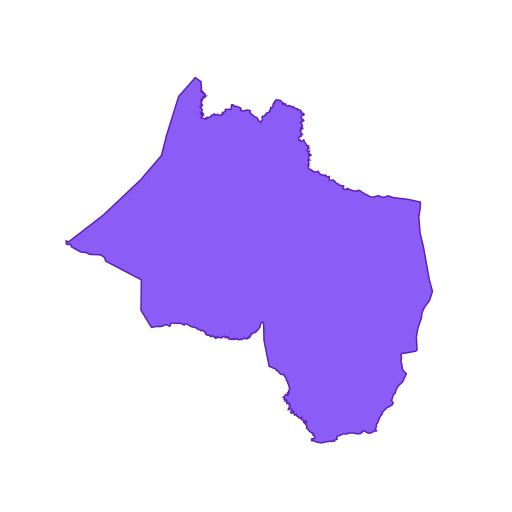 outline of Cahora Bassa, Tete, Mozambique, rotated 110°
{"feature_id": "85939544B63348478902842", "entity_name": "Cahora Bassa", "entity_type": "district", "adm_level": 2, "iso_a3": "MOZ", "parent_name": "Mozambique", "parent_adm1": "Tete", "projection": "equal_earth", "projection_center": [32.439, -16.08], "detail": "fine", "context": "isolated", "style": "filled", "palette": "violet", "viewbox_px": 512, "rotation_deg": 110, "n_neighbors": 0, "source": "geoboundaries", "source_scale": "gbopen_adm2", "svg_char_len": 6123}
<svg xmlns="http://www.w3.org/2000/svg" viewBox="0 0 512 512"><g transform="rotate(110 256 256)"><path d="M379.1,83.0L378.0,84.5L375.1,84.6L372.7,85.4L371.3,84.7L364.7,84.5L361.7,83.5L359.3,83.6L354.6,81.6L349.3,77.0L347.1,76.9L345.1,79.5L343.2,79.1L339.6,79.6L337.2,78.3L334.3,78.6L330.0,78.1L324.2,75.2L315.7,74.4L314.9,74.8L314.0,77.3L312.3,79.6L307.0,82.5L306.2,83.5L301.7,84.6L298.8,86.1L297.3,85.0L295.6,81.4L290.7,73.3L289.2,72.5L277.4,77.6L269.1,79.1L257.7,79.4L252.5,80.6L247.0,80.2L238.2,77.7L228.8,78.1L219.1,85.0L190.0,101.9L178.1,109.8L163.3,116.5L155.5,117.9L149.1,119.9L150.7,132.0L154.2,147.0L154.3,152.5L156.4,154.7L157.3,156.7L157.8,159.0L157.3,161.3L160.6,166.1L161.3,168.6L160.6,172.4L160.5,175.8L160.0,176.5L159.9,178.3L159.2,180.0L159.0,181.9L159.4,182.5L160.7,182.7L160.5,184.2L161.6,186.4L161.2,193.1L161.7,193.6L162.5,193.1L163.0,195.7L162.9,197.1L162.3,198.0L160.7,197.3L160.2,197.7L161.0,202.0L160.2,203.3L160.3,205.0L158.5,208.3L158.2,209.6L159.5,211.9L159.6,213.2L156.3,214.3L157.2,216.7L156.2,218.4L157.5,220.6L157.0,221.0L157.4,222.1L156.9,224.2L155.2,226.8L156.5,228.2L157.2,231.2L156.3,232.0L156.6,233.2L156.1,233.9L156.1,235.5L155.5,236.7L153.5,237.7L152.8,237.4L152.6,238.1L151.8,237.7L149.4,238.7L148.6,239.7L148.0,239.6L147.4,238.3L146.7,239.9L146.1,240.2L144.1,240.2L142.5,238.8L141.7,239.8L142.7,240.8L142.4,241.7L139.1,241.7L139.8,243.2L139.4,244.2L138.1,244.1L136.8,242.9L136.3,244.3L134.8,243.9L134.7,245.8L132.3,249.4L130.6,250.8L132.2,251.8L132.9,253.1L131.7,254.3L132.5,255.4L131.6,256.0L129.8,256.3L128.0,254.6L127.1,255.5L126.1,253.9L123.3,257.6L122.1,256.5L121.4,257.3L120.5,256.0L120.2,257.6L118.9,256.4L117.0,257.5L116.1,259.0L116.0,260.3L115.8,259.6L114.7,259.5L114.3,258.7L113.6,259.0L113.5,258.1L112.7,258.3L112.3,257.6L111.8,258.1L111.3,260.2L109.5,261.4L108.0,260.5L107.2,259.2L106.8,259.5L107.1,260.6L106.4,259.6L105.9,259.7L105.7,260.5L106.5,262.2L105.8,263.0L104.9,262.6L104.0,263.8L103.9,266.0L104.4,266.8L103.4,267.5L104.0,269.0L103.6,271.0L103.0,271.4L103.9,272.6L103.2,273.3L103.7,274.4L103.1,276.3L104.1,277.1L104.3,278.1L103.9,278.9L104.0,279.8L103.2,280.0L103.6,280.7L102.9,281.5L104.3,282.7L103.0,283.2L103.1,283.8L101.9,284.9L101.5,286.2L102.3,290.4L103.2,290.2L103.9,291.2L105.4,291.5L105.9,291.0L106.7,291.8L108.2,291.7L108.6,291.1L110.5,291.3L111.5,291.9L111.3,292.9L113.8,292.5L114.6,293.1L115.8,292.4L118.4,295.2L119.7,295.7L120.2,295.2L121.0,295.4L122.7,297.9L123.6,297.9L124.3,297.1L125.6,296.7L128.8,297.3L127.7,300.2L126.6,301.0L125.7,302.7L125.5,306.0L124.5,307.3L124.5,308.7L122.6,311.0L121.5,311.1L121.5,313.2L122.4,315.3L123.2,315.8L124.6,319.3L123.9,320.6L122.5,320.5L122.0,322.3L122.1,326.5L123.0,327.8L121.8,328.8L122.0,330.1L122.3,330.6L126.7,329.6L128.8,335.0L130.5,334.3L132.3,335.5L132.3,336.4L133.8,336.6L134.2,335.8L135.1,337.1L136.0,337.1L136.3,339.1L136.1,340.6L137.2,342.5L137.3,343.3L136.7,343.9L137.8,344.4L139.2,346.1L140.9,346.3L141.8,347.5L142.2,349.2L142.9,349.1L143.4,350.0L143.7,349.3L144.2,349.5L144.9,351.2L144.6,353.3L145.2,354.6L144.0,355.0L142.3,354.2L141.5,355.8L141.1,354.8L141.3,353.8L140.4,354.5L140.5,355.9L139.9,355.0L139.4,355.5L139.4,356.6L136.9,356.5L135.0,359.7L134.0,358.2L132.4,358.0L132.3,359.7L131.0,359.4L129.7,360.4L128.9,359.9L128.4,360.8L127.8,360.1L127.3,360.8L126.3,359.4L125.0,359.9L124.4,358.2L124.0,358.2L123.7,359.1L122.8,358.0L122.9,358.9L122.0,359.0L121.7,359.9L121.0,359.7L121.0,361.1L120.3,361.3L120.0,362.1L120.4,362.6L119.7,362.6L119.9,363.5L119.4,363.2L119.1,364.2L116.8,364.7L111.0,367.4L109.1,374.1L132.5,383.2L173.5,381.3L193.9,379.2L223.9,390.5L269.7,413.4L306.9,437.0L306.7,439.5L309.4,438.5L309.8,437.4L308.6,434.8L308.6,433.8L310.5,432.6L312.2,422.2L310.8,416.5L311.4,412.8L308.4,403.6L308.3,401.2L309.2,398.0L312.3,395.3L317.6,355.6L346.4,345.5L358.8,329.8L355.3,323.6L355.6,322.8L354.2,320.4L351.1,317.0L351.6,313.0L348.5,312.9L347.7,312.4L346.7,308.3L344.9,303.9L345.5,299.9L343.8,299.1L343.4,298.1L344.5,293.3L344.4,290.7L343.7,289.5L344.2,288.0L344.0,287.0L344.9,285.2L344.4,283.6L345.0,282.5L344.2,280.0L345.1,277.9L345.0,277.0L346.5,276.8L347.1,275.2L346.5,272.6L347.2,271.5L346.9,270.4L345.7,269.5L346.4,268.7L346.2,267.8L347.1,265.8L346.4,265.8L346.7,265.3L346.3,265.0L345.8,265.3L345.7,264.2L345.0,264.0L345.3,263.0L344.6,260.1L343.5,260.1L342.7,259.4L342.8,258.4L342.2,258.2L343.2,256.9L342.6,255.2L341.8,255.5L341.5,254.2L343.2,253.3L343.1,252.1L342.6,251.3L342.9,250.6L342.0,249.7L342.1,248.5L341.2,248.4L341.5,247.4L340.7,246.4L340.9,245.7L340.1,245.3L340.7,243.6L339.6,242.2L339.6,241.1L337.1,238.8L337.3,237.6L336.9,236.0L336.2,236.1L335.9,235.3L335.1,235.0L335.0,234.2L333.9,234.9L333.1,233.7L331.1,234.0L331.0,233.3L329.0,232.6L328.7,231.1L327.7,230.2L326.9,230.3L326.6,229.6L325.5,229.7L324.8,229.0L321.7,228.1L317.5,228.4L316.0,227.7L315.8,227.1L317.7,225.4L332.6,219.6L355.2,205.9L355.5,198.6L356.7,197.5L356.4,196.5L358.5,192.8L358.6,191.1L357.9,189.6L359.6,187.5L360.1,186.0L362.0,185.5L363.2,183.3L364.6,182.8L365.7,181.4L369.9,178.6L371.5,179.4L373.0,178.4L373.8,179.6L374.7,178.3L375.6,178.3L376.1,178.7L375.7,179.6L376.0,180.8L377.5,180.9L379.4,182.1L379.6,180.5L381.0,180.5L380.9,178.7L382.0,179.2L381.3,177.7L382.5,177.8L384.1,176.5L383.9,175.9L383.3,176.4L382.8,174.1L384.9,173.9L385.1,172.7L385.5,172.4L387.5,173.2L389.3,173.2L389.1,172.6L388.0,172.1L387.9,170.5L388.4,169.1L390.2,170.3L390.9,169.1L392.2,169.4L389.8,167.5L390.8,167.5L390.7,166.6L392.3,165.3L391.1,163.9L392.3,163.1L392.7,161.2L393.4,160.3L392.1,157.6L393.8,157.9L394.4,155.3L395.7,154.5L394.7,153.9L394.6,153.0L393.8,153.2L393.5,152.8L394.9,152.2L395.1,151.6L396.4,153.2L397.9,150.5L400.5,149.5L401.5,146.8L402.1,146.6L403.5,142.1L403.0,141.8L404.8,141.2L404.9,139.5L407.3,138.6L407.9,138.8L408.2,140.5L409.0,141.2L410.5,140.5L410.0,139.0L410.1,135.4L409.4,131.0L404.6,123.0L404.2,121.1L403.1,118.9L402.1,119.0L400.3,117.1L398.2,118.3L397.4,118.0L396.4,116.3L392.9,112.8L392.6,110.4L391.4,109.6L389.3,105.0L388.4,99.9L387.3,97.2L385.2,95.9L384.0,96.2L383.6,95.8L383.5,93.8L384.1,90.3L383.4,88.1L379.6,84.2L379.1,83.0Z" fill="#8b5cf6" stroke="#5b21b6" stroke-width="1.5"/></g></svg>